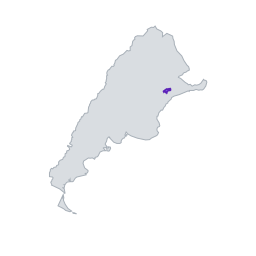 location of Esquina, Corrientes, Argentina, rotated 29°
{"feature_id": "61730980B30976551851614", "entity_name": "Esquina", "entity_type": "district", "adm_level": 2, "iso_a3": "ARG", "parent_name": "Argentina", "parent_adm1": "Corrientes", "projection": "albers", "projection_center": [-59.269, -29.952], "detail": "fine", "context": "in_parent", "style": "filled", "palette": "violet", "viewbox_px": 256, "rotation_deg": 29, "n_neighbors": 0, "source": "geoboundaries", "source_scale": "gbopen_adm2", "svg_char_len": 4751}
<svg xmlns="http://www.w3.org/2000/svg" viewBox="0 0 256 256"><g transform="rotate(29 128 128)"><path d="M152.9,77.7L151.4,80.2L151.7,81.9L150.3,85.9L150.7,86.8L149.6,88.7L149.9,90.7L149.4,92.7L149.6,95.3L149.2,96.0L148.3,96.2L147.6,99.7L148.4,103.1L147.7,103.7L148.9,106.2L152.7,108.4L154.7,110.6L154.7,111.5L153.7,112.8L153.6,114.0L154.1,115.5L155.1,116.5L156.9,117.1L157.1,119.3L156.8,120.7L153.3,125.6L152.5,127.7L149.2,129.9L140.9,132.4L134.5,133.4L130.8,133.3L128.3,132.4L128.6,135.1L129.8,135.9L129.2,136.0L129.7,136.5L129.5,138.8L128.8,139.2L128.2,141.1L128.3,142.7L129.1,144.1L128.4,145.4L125.7,146.9L122.4,147.3L116.3,145.4L116.5,145.0L116.2,144.9L115.3,145.4L114.9,147.3L115.7,150.1L115.7,152.6L116.1,153.4L118.3,154.3L118.2,155.3L118.9,155.4L120.4,155.1L120.6,154.3L119.8,154.0L121.8,153.3L122.7,154.3L122.8,156.8L122.5,157.5L120.9,158.1L120.4,157.9L119.4,156.2L118.6,155.9L116.3,156.9L116.1,157.5L119.5,158.7L117.1,160.1L115.2,162.6L115.4,166.9L115.0,168.2L113.7,169.4L113.5,170.2L114.0,170.6L113.9,171.5L111.3,171.4L109.5,172.8L107.9,173.4L105.2,178.4L105.8,180.7L109.4,183.9L113.6,184.5L114.2,185.6L114.1,187.0L113.7,187.8L112.2,188.6L113.5,188.6L114.1,189.2L107.0,195.7L106.2,197.5L106.0,201.1L105.5,201.9L104.0,202.7L103.0,202.1L102.1,200.8L102.2,201.9L100.8,202.4L102.5,202.3L103.3,203.1L101.2,204.6L100.6,205.8L100.5,207.5L99.7,208.5L100.3,208.3L101.2,211.4L99.5,211.8L101.7,212.1L104.5,215.5L104.3,215.8L104.2,215.5L97.6,214.4L88.9,215.0L88.9,214.6L86.7,212.8L87.0,211.4L86.6,210.2L86.9,209.1L86.5,207.8L85.7,207.5L82.9,208.6L81.0,205.2L80.9,203.3L80.3,202.1L80.6,200.4L82.0,200.2L82.3,198.4L84.0,196.9L83.8,195.3L84.8,194.3L85.0,193.4L83.8,191.4L84.3,189.1L86.1,187.1L85.7,184.9L86.7,183.7L85.5,180.8L86.5,179.5L85.9,178.8L85.7,177.3L86.8,176.8L87.3,175.0L86.0,173.6L83.9,173.3L83.7,172.5L87.5,172.1L87.8,170.8L87.5,170.1L84.6,170.1L84.5,168.4L85.0,167.2L84.3,166.2L84.4,165.2L83.5,163.8L84.2,163.0L82.1,161.7L81.8,159.2L82.2,158.5L81.8,157.2L83.4,155.7L82.3,153.3L82.0,148.6L81.6,147.4L82.4,145.4L81.8,144.2L82.4,143.1L81.9,140.7L82.8,140.4L83.0,136.2L85.1,134.7L85.5,133.9L83.4,128.8L83.4,126.7L82.9,125.9L83.2,124.7L82.7,123.0L83.2,120.9L84.7,119.9L84.7,119.2L86.2,117.7L85.8,114.3L84.9,112.6L85.7,111.9L86.0,109.3L87.0,106.4L88.0,105.8L87.5,102.7L87.6,99.9L86.2,99.5L86.3,97.4L85.8,97.0L85.3,94.9L84.2,93.1L84.0,92.3L84.5,91.7L83.4,91.1L82.5,89.4L82.5,87.8L82.6,86.7L83.6,85.8L83.4,85.1L84.0,81.7L85.2,81.4L85.7,80.2L85.0,79.6L85.0,77.7L84.2,74.9L85.1,73.4L85.7,68.9L88.1,65.6L89.5,60.6L91.0,60.4L92.4,59.2L90.6,56.1L91.5,54.0L90.1,49.9L90.3,48.3L91.1,47.3L90.0,45.8L90.2,44.4L91.5,42.8L96.6,40.2L98.1,33.5L97.0,32.5L99.6,28.5L101.6,27.7L102.3,25.7L105.1,27.4L109.7,27.2L112.1,27.8L113.9,31.5L116.1,26.4L122.5,26.0L123.8,27.8L126.3,29.8L128.1,32.5L133.4,36.8L140.1,38.9L144.2,41.9L149.0,44.4L151.3,45.0L153.1,46.8L153.5,48.1L152.4,49.1L151.6,51.1L150.4,52.2L149.8,53.4L149.9,55.0L147.4,58.2L147.5,59.3L150.0,59.1L155.9,60.4L158.8,60.5L159.7,61.0L161.3,59.6L163.8,60.3L165.5,57.8L167.2,57.3L169.0,55.6L170.0,53.5L170.5,48.8L171.5,49.2L173.2,48.6L174.7,49.6L175.7,53.6L175.3,57.3L174.5,58.8L172.7,59.6L171.7,60.6L168.8,61.3L167.2,63.3L163.6,65.3L163.8,66.4L162.7,66.3L156.6,74.0L152.9,77.7ZM104.5,230.0L103.6,217.6L105.5,219.9L104.6,219.8L104.5,221.0L105.9,221.1L106.7,222.6L109.9,225.1L114.5,227.5L119.0,228.0L117.8,229.4L113.5,230.3L110.9,229.8L104.5,230.0ZM120.8,228.8L122.1,228.2L124.7,228.0L121.3,229.2L120.8,228.8ZM130.5,134.4L130.5,135.0L129.6,134.1L130.5,134.4Z" fill="#d9dde1" stroke="#a8b0b8" stroke-width="1"/><path d="M145.7,73.0L145.5,73.3L145.4,73.4L145.5,73.4L145.4,73.4L145.3,73.5L145.2,73.6L144.9,73.7L144.9,73.8L144.8,74.0L144.7,74.2L144.8,74.2L144.6,74.3L144.4,74.4L144.4,74.5L144.5,74.5L144.4,74.6L144.2,74.7L144.2,74.8L143.9,74.9L143.8,75.0L143.6,75.0L143.4,75.2L143.2,75.2L143.2,75.3L143.2,75.2L143.1,75.3L143.1,75.2L142.9,75.2L142.9,75.3L142.7,75.4L142.6,75.5L142.5,75.8L142.5,76.0L142.4,76.1L142.4,76.3L142.2,76.5L142.0,76.8L141.9,76.9L141.9,77.1L141.8,77.3L141.8,77.5L141.8,77.8L141.7,77.9L141.7,78.0L141.4,78.1L141.3,78.3L141.5,78.4L141.6,78.5L141.8,78.7L141.7,78.9L141.8,78.9L141.8,79.0L142.0,79.2L142.1,78.9L142.1,78.7L142.3,78.6L142.5,78.6L142.8,78.5L142.9,78.4L143.0,78.4L143.0,78.5L143.0,78.4L143.1,78.5L143.3,78.5L143.5,78.6L143.8,78.7L144.0,78.7L144.3,78.5L144.3,78.4L144.3,78.5L144.3,78.4L144.4,78.5L144.4,78.4L144.4,78.5L144.4,78.4L144.5,78.4L144.4,78.3L144.5,78.3L144.5,78.2L144.5,77.6L144.8,77.5L144.9,77.4L144.9,77.2L144.8,76.9L145.1,75.5L145.5,75.4L145.5,75.2L145.8,75.2L145.9,74.9L146.0,74.9L145.9,74.7L146.0,74.7L146.2,74.4L146.3,74.4L146.5,74.3L146.6,74.2L146.8,74.2L146.7,73.8L146.5,73.7L145.9,73.6L146.0,73.1L145.7,73.0Z" fill="#8b5cf6" stroke="#5b21b6" stroke-width="1.5"/></g></svg>